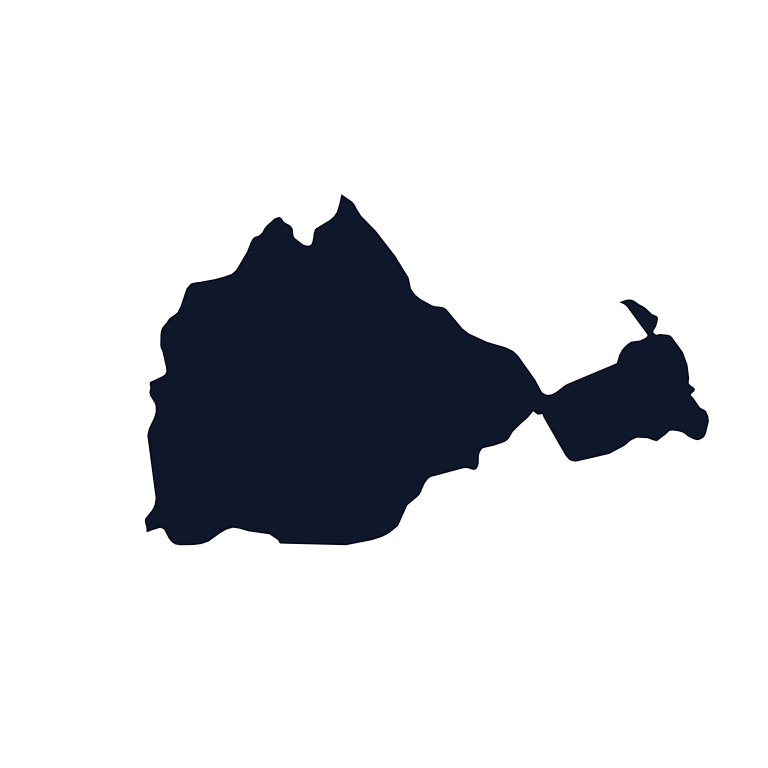 the Province of Jawzjan, rotated 242°
{"feature_id": "AFG-1746", "entity_name": "Jawzjan", "entity_type": "Province", "adm_level": 1, "iso_a3": "AFG", "parent_name": "Afghanistan", "parent_adm1": "", "projection": "orthographic", "projection_center": [65.748, 36.744], "detail": "fine", "context": "isolated", "style": "filled", "palette": "ink", "viewbox_px": 768, "rotation_deg": 242, "n_neighbors": 0, "source": "natural_earth", "source_scale": "10m", "svg_char_len": 3903}
<svg xmlns="http://www.w3.org/2000/svg" viewBox="0 0 768 768"><g transform="rotate(242 384 384)"><path d="M365.1,105.9L369.1,107.7L374.4,108.9L376.5,110.2L380.9,120.3L383.0,123.5L384.9,125.6L389.9,129.4L449.4,151.6L454.2,155.7L461.6,165.6L466.2,170.1L471.6,172.8L474.6,173.3L483.4,172.8L486.2,173.5L490.0,176.6L492.5,177.3L494.8,178.5L494.7,180.7L494.1,191.4L494.3,193.1L494.5,195.2L495.1,196.3L496.1,197.5L496.7,198.2L497.4,198.7L500.3,199.9L516.8,204.4L520.7,204.6L523.2,205.5L532.6,210.8L535.1,212.7L537.1,214.9L538.6,218.3L539.7,221.4L540.9,223.4L541.6,224.7L542.1,226.3L542.3,227.6L542.5,230.3L543.4,235.3L544.0,236.3L547.6,241.4L560.2,254.7L562.5,260.4L562.2,262.4L561.4,265.1L561.2,265.8L560.6,267.1L555.2,283.8L553.1,293.2L551.9,301.2L553.2,307.0L557.2,313.7L564.6,325.7L571.1,333.3L572.8,335.9L573.7,337.9L573.7,339.4L573.5,340.5L573.1,341.9L573.2,344.3L574.2,347.8L576.9,351.9L578.3,355.2L580.7,365.1L580.4,368.1L579.7,369.9L578.4,370.5L574.1,371.1L572.9,371.5L568.4,374.5L566.7,375.2L565.0,375.4L563.6,375.3L558.0,373.1L556.7,372.9L555.5,372.9L554.4,373.1L545.2,377.2L542.7,379.2L540.5,382.7L540.5,385.0L541.8,387.3L546.6,391.3L549.1,392.9L552.5,396.3L553.6,413.9L555.0,419.1L557.4,423.6L563.8,430.0L570.2,435.3L560.0,440.6L558.4,441.1L555.0,441.6L551.4,441.4L543.2,442.0L523.1,447.9L491.8,453.3L466.3,454.9L455.5,451.8L448.2,452.7L441.9,455.2L430.6,462.6L429.1,464.0L428.2,465.0L425.6,469.0L422.9,472.1L420.3,473.5L395.9,478.6L388.3,482.0L372.2,494.3L358.5,508.3L351.9,513.0L345.9,515.0L316.5,518.8L302.3,518.8L297.9,521.6L296.8,523.3L295.5,526.5L295.3,529.5L295.4,532.5L297.2,543.3L297.2,546.1L292.3,599.7L298.6,605.7L301.9,610.8L303.0,613.6L304.0,617.2L304.4,619.9L304.5,622.2L301.5,630.3L301.2,636.8L302.0,639.4L303.6,640.6L338.3,635.5L340.7,634.7L342.4,633.8L344.7,632.0L344.4,634.2L343.8,637.4L343.3,638.8L342.6,640.2L341.8,641.3L340.9,642.3L340.0,643.1L339.0,643.7L334.5,645.9L329.9,649.0L327.4,650.2L319.8,652.7L318.9,653.3L316.1,655.6L315.3,656.1L314.1,656.1L312.7,655.4L310.0,653.2L308.0,651.1L306.8,649.4L305.5,647.1L304.8,646.2L304.0,645.5L303.0,645.4L301.5,645.6L299.6,646.6L298.7,647.7L298.3,648.8L298.2,649.9L297.9,650.8L297.4,651.7L296.0,653.5L294.5,656.0L292.7,658.2L291.6,659.0L290.2,659.5L271.7,662.1L258.8,660.3L246.4,655.6L245.0,654.7L242.7,653.0L241.7,652.8L240.3,652.8L237.7,653.7L235.0,655.2L234.1,655.3L233.2,654.9L232.4,653.4L232.1,651.1L231.8,650.2L231.3,649.5L230.3,649.1L229.0,649.1L226.1,649.9L215.2,651.1L212.8,652.3L210.0,654.4L208.5,654.8L206.7,654.7L203.4,654.4L198.8,652.6L191.0,645.6L189.6,644.3L188.3,642.5L187.7,641.4L187.4,640.0L187.3,638.5L187.4,636.7L187.7,635.1L188.8,633.6L190.5,632.0L194.8,628.8L200.2,626.3L201.3,625.6L202.7,624.3L204.4,622.5L208.0,617.7L208.9,615.4L209.4,613.9L208.1,609.6L206.2,598.3L209.1,595.1L210.2,594.3L212.4,592.3L213.4,591.2L215.3,587.7L217.5,584.5L218.4,582.8L218.8,580.7L219.0,576.8L218.9,574.4L218.5,572.3L217.9,570.5L217.5,568.3L217.3,565.7L217.3,550.1L225.7,518.6L226.6,516.4L228.7,514.0L230.2,512.8L235.4,511.4L279.6,510.0L282.7,510.5L283.5,510.4L284.0,509.9L284.3,508.3L285.5,505.8L290.9,503.4L288.0,496.4L286.9,493.0L285.2,485.5L282.0,474.9L277.9,468.2L277.2,465.7L277.0,462.7L278.7,452.3L281.5,441.8L281.5,440.6L281.1,439.0L279.7,436.6L278.4,435.0L276.8,433.6L270.0,429.8L268.4,428.4L267.3,427.0L266.4,425.4L266.4,424.1L267.0,422.9L269.0,420.8L270.6,419.5L272.2,416.9L273.0,415.1L276.4,400.6L278.7,390.4L280.6,382.3L280.7,380.9L280.5,379.0L279.5,376.3L277.9,373.1L274.2,368.1L272.2,366.0L270.5,363.1L269.7,361.4L266.7,347.3L252.9,329.6L250.8,319.6L250.6,314.9L250.8,310.0L252.7,299.7L260.2,275.1L291.1,220.3L292.6,217.9L296.1,217.9L305.6,212.9L317.9,196.0L325.3,188.3L328.7,183.6L330.2,176.9L330.0,169.5L328.0,155.2L329.2,147.7L331.9,140.6L335.2,134.1L338.0,128.6L340.7,125.2L343.9,123.2L348.4,122.2L359.3,122.3L362.8,119.4L364.5,110.6L365.1,105.9Z" fill="#0f172a" stroke="#020617" stroke-width="1.5"/></g></svg>